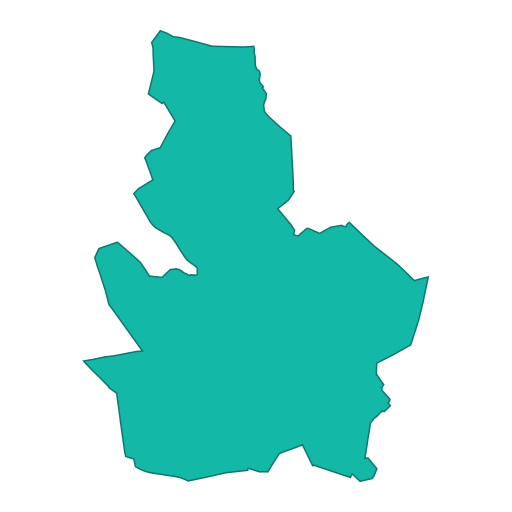 Zilākalna pag., Kocenu, Latvia
{"feature_id": "27541924B75578071059761", "entity_name": "Zilākalna pag.", "entity_type": "district", "adm_level": 2, "iso_a3": "LVA", "parent_name": "Latvia", "parent_adm1": "Kocenu", "projection": "mercator", "projection_center": [25.176, 57.583], "detail": "fine", "context": "isolated", "style": "filled", "palette": "teal", "viewbox_px": 512, "rotation_deg": 0, "n_neighbors": 0, "source": "geoboundaries", "source_scale": "gbopen_adm2", "svg_char_len": 5231}
<svg xmlns="http://www.w3.org/2000/svg" viewBox="0 0 512 512"><path d="M173.1,36.7L167.3,33.4L160.3,30.7L151.7,42.5L153.1,48.3L153.1,53.3L154.0,71.1L148.4,94.0L161.6,103.2L162.1,103.3L163.8,102.3L175.1,121.0L167.9,133.3L163.1,142.3L160.1,147.8L151.4,150.5L146.9,154.9L144.7,157.7L146.3,161.6L150.5,173.1L152.1,177.8L152.9,179.9L149.7,181.7L138.4,188.8L134.0,193.5L133.8,193.9L134.7,195.0L136.0,197.2L138.9,202.1L140.9,205.7L142.4,208.1L143.4,210.0L146.9,215.9L148.4,218.6L149.6,220.8L150.8,222.6L152.0,224.2L153.5,225.7L154.0,226.2L155.6,227.8L164.3,232.8L168.4,234.8L169.5,235.4L170.9,236.5L171.3,236.8L172.2,237.9L173.9,240.2L175.8,242.9L177.9,246.4L181.7,252.4L183.2,254.7L184.2,256.2L185.4,258.0L186.1,258.8L186.7,259.7L187.6,260.5L188.8,261.5L191.9,263.7L193.3,264.6L194.5,265.6L196.0,266.7L197.2,267.9L197.2,268.7L197.4,273.6L197.4,274.1L197.3,274.3L197.0,274.7L196.7,274.8L196.2,275.1L196.1,275.3L195.6,275.3L195.3,275.4L195.1,275.4L194.8,275.3L194.5,275.3L194.3,275.1L194.1,274.9L193.8,274.9L193.6,274.9L193.3,274.8L193.1,274.9L193.0,275.0L192.8,275.4L192.6,275.4L192.4,275.1L192.0,275.1L191.8,275.0L191.8,274.9L191.5,274.8L191.4,274.8L191.2,274.8L191.0,274.7L190.9,274.7L190.7,274.8L190.5,275.1L190.2,275.3L189.7,275.6L189.3,275.4L188.7,275.0L188.4,274.9L188.0,275.0L187.7,274.9L187.4,274.8L186.7,273.9L186.2,273.8L185.7,273.7L185.0,273.3L184.6,273.1L184.0,272.9L183.3,272.2L183.0,272.1L182.8,272.1L182.6,272.3L182.3,272.2L182.2,272.1L182.1,271.5L181.7,270.8L181.0,270.6L180.9,270.5L180.5,270.5L180.1,270.1L179.9,270.0L179.6,270.1L179.4,270.0L179.0,269.5L178.8,269.3L178.2,269.4L177.9,269.4L177.4,269.2L176.7,268.8L170.2,269.6L166.6,273.1L162.0,277.4L161.5,277.4L149.5,276.1L148.0,273.9L147.0,272.3L147.0,272.2L142.0,264.7L140.2,262.2L131.1,254.0L117.4,242.2L99.0,248.5L96.3,254.2L96.2,254.5L96.1,254.8L94.8,257.6L94.9,258.1L97.3,266.1L97.4,266.4L99.6,272.6L99.8,273.2L99.9,273.5L105.5,291.0L109.0,304.7L109.5,305.4L111.5,307.9L134.7,340.2L142.4,351.0L136.5,351.5L112.9,356.0L105.5,356.8L93.0,359.4L83.7,361.0L84.4,361.9L85.9,363.7L87.3,365.1L89.0,366.8L90.3,368.3L101.9,379.7L107.2,385.2L108.1,385.6L108.3,385.6L108.3,386.6L109.0,387.4L109.5,387.9L109.7,388.2L110.7,388.9L113.5,391.0L116.4,393.0L116.7,393.2L117.6,400.3L118.6,407.5L120.6,422.4L121.1,426.1L122.0,432.6L124.7,451.9L125.8,456.5L126.2,456.5L129.2,457.6L133.8,458.9L134.9,463.7L134.9,464.1L135.3,466.1L135.4,466.5L136.4,467.2L138.3,468.2L139.5,468.9L141.3,469.7L143.1,470.5L144.4,471.0L146.9,471.8L149.3,472.5L152.4,473.1L163.1,474.6L164.3,474.9L170.5,475.8L173.1,476.2L175.3,476.5L177.2,476.9L179.4,477.4L181.3,478.0L183.4,478.8L184.8,479.4L186.5,480.1L187.5,480.7L187.9,481.0L207.4,476.9L225.1,472.9L225.8,472.8L226.8,472.6L247.8,470.3L247.9,468.4L248.0,468.1L252.9,469.7L253.4,469.9L255.3,470.5L257.2,471.1L259.1,471.7L259.6,471.9L260.9,471.8L264.1,471.8L267.2,471.8L267.9,471.9L268.1,471.5L271.2,466.3L274.4,461.1L279.5,453.4L302.5,444.9L312.6,465.6L313.2,465.7L313.6,465.1L313.9,465.2L350.4,477.5L352.1,473.7L360.0,481.3L372.2,478.5L373.4,476.9L374.3,475.2L376.9,468.8L367.9,457.9L364.9,458.5L366.8,446.3L367.9,439.0L369.0,432.3L369.1,432.1L369.2,431.1L369.8,427.3L370.2,424.0L370.2,423.6L370.4,423.2L372.9,419.9L373.6,419.0L374.2,418.4L376.8,416.4L378.0,415.2L378.8,414.3L379.1,413.9L380.1,412.7L380.9,412.1L381.5,411.6L381.8,411.8L382.5,410.8L383.6,411.5L384.0,411.7L387.4,408.6L390.3,405.8L388.2,403.0L388.6,402.4L389.9,400.2L389.9,399.3L382.6,391.0L382.1,390.4L381.9,390.0L381.8,389.7L381.8,389.2L381.7,388.9L381.7,388.7L381.7,388.2L381.8,388.1L381.8,387.9L381.8,387.7L381.9,387.4L382.0,387.4L382.1,387.2L382.3,386.8L382.5,386.4L382.9,385.7L383.2,385.3L383.7,384.6L382.5,383.0L376.7,374.4L376.3,374.4L376.4,372.5L376.5,368.5L376.6,366.4L376.7,364.8L376.8,363.9L376.9,362.9L377.3,362.8L386.1,358.4L392.8,355.0L410.7,344.9L412.0,340.8L414.6,332.8L418.5,320.6L420.9,311.0L422.9,302.8L424.8,293.5L426.8,284.0L428.3,277.1L427.9,277.1L427.3,277.2L427.0,277.2L423.6,278.1L416.9,279.9L414.4,280.6L413.9,280.1L412.2,278.5L409.2,275.6L408.4,274.8L403.6,270.1L397.1,264.0L388.3,257.1L381.5,251.8L374.6,246.4L374.2,246.1L365.3,237.7L360.1,232.8L356.1,228.9L352.0,225.0L349.7,222.8L349.2,222.4L347.6,223.8L346.5,225.3L346.0,226.4L345.7,226.7L345.3,226.7L344.1,226.6L343.2,226.2L342.4,225.7L341.7,225.5L341.1,225.4L336.6,226.2L334.8,226.5L334.2,226.6L330.6,227.3L329.4,228.0L326.1,229.7L320.1,233.2L319.8,233.3L319.4,233.3L316.5,232.0L315.2,231.5L313.6,230.7L308.1,228.4L307.6,228.3L306.9,228.6L306.2,229.1L305.9,229.2L300.5,233.8L298.3,235.7L298.2,236.0L293.5,234.8L293.6,234.5L294.6,230.3L290.4,223.9L290.2,223.5L289.8,223.3L277.7,208.7L284.3,203.5L286.0,202.1L288.1,200.5L288.9,199.5L293.9,192.0L294.2,191.4L293.4,190.9L293.2,182.0L293.1,177.9L292.7,177.4L292.7,177.0L293.0,176.7L292.8,172.1L292.1,159.5L291.5,148.0L290.9,138.4L290.9,136.0L289.0,134.5L284.9,131.0L280.8,127.6L279.6,126.5L271.0,118.8L266.3,114.1L264.4,111.3L263.6,105.0L265.0,100.4L265.7,99.5L265.9,98.4L266.3,93.4L262.2,87.8L263.4,86.8L259.9,82.6L259.3,79.9L260.2,74.5L259.5,71.3L256.6,68.9L255.2,65.1L255.2,62.1L255.1,56.6L254.1,52.3L254.4,50.2L253.8,46.3L250.3,46.6L243.9,47.0L233.8,46.8L212.1,46.2L196.8,42.0L179.2,37.4L173.1,36.7Z" fill="#14b8a6" stroke="#0f766e" stroke-width="1.5"/></svg>